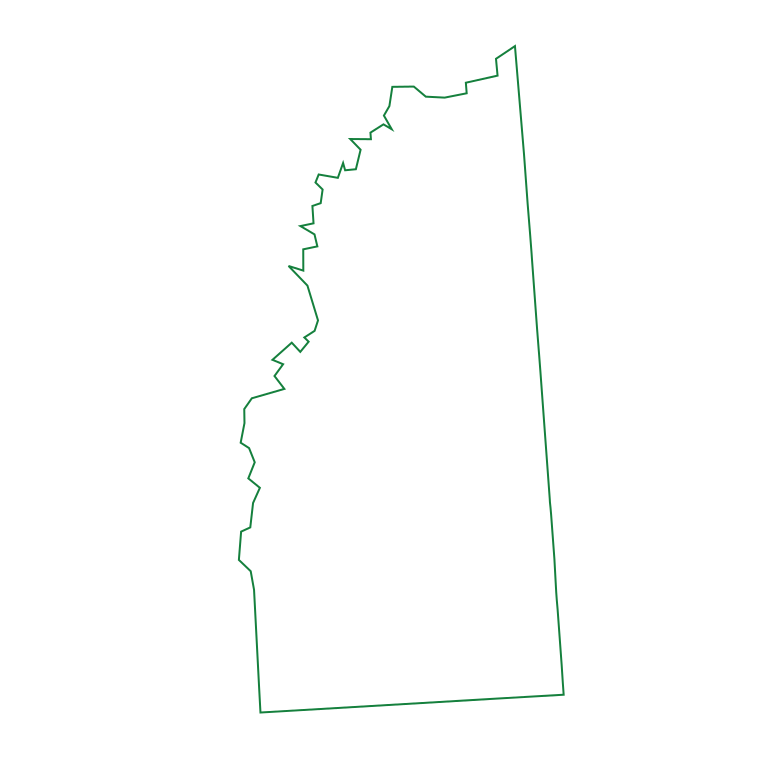 Union, Arkansas, United States of America (Albers equal-area conic projection), rotated 265°
{"feature_id": "52423323B83762983029089", "entity_name": "Union", "entity_type": "district", "adm_level": 2, "iso_a3": "USA", "parent_name": "United States of America", "parent_adm1": "Arkansas", "projection": "albers", "projection_center": [-92.475, 33.198], "detail": "fine", "context": "isolated", "style": "outline", "palette": "green", "viewbox_px": 768, "rotation_deg": 265, "n_neighbors": 0, "source": "geoboundaries", "source_scale": "gbopen_adm2", "svg_char_len": 1191}
<svg xmlns="http://www.w3.org/2000/svg" viewBox="0 0 768 768"><g transform="rotate(265 384 384)"><path d="M67.5,232.3L60.8,468.1L58.8,535.9L71.2,536.1L88.6,536.5L144.5,537.3L153.9,537.3L160.9,537.4L161.1,537.4L170.5,537.7L194.7,538.5L239.5,539.1L245.3,539.1L245.5,539.1L246.3,539.1L251.7,539.0L255.0,539.1L383.4,540.9L401.8,541.1L403.5,541.1L425.8,541.3L496.2,542.3L501.4,542.4L520.5,542.6L551.1,542.8L600.5,543.5L709.2,543.9L698.2,523.9L681.3,524.0L677.0,491.8L666.4,491.7L664.0,469.4L666.6,450.7L677.7,439.6L679.3,418.2L660.4,413.6L651.4,407.3L637.1,413.9L642.7,406.1L635.6,392.4L629.0,392.3L631.0,371.7L619.4,381.1L600.4,374.7L600.3,363.9L607.7,362.5L593.4,356.0L598.4,337.2L590.7,333.3L583.1,339.8L569.7,336.7L567.6,328.2L550.2,327.8L548.6,314.5L539.1,327.8L526.9,329.6L525.2,315.3L504.0,313.5L509.9,299.2L488.7,316.3L453.1,323.8L443.0,319.5L437.3,308.7L432.7,312.6L423.3,303.4L433.2,295.7L417.8,275.0L412.5,285.2L401.5,275.6L387.8,284.3L381.3,251.1L371.2,242.6L357.2,241.6L338.0,236.1L331.9,244.0L317.3,248.4L301.8,240.6L291.4,251.3L276.9,243.2L252.8,238.3L249.4,228.8L221.4,224.1L209.1,234.9L190.3,236.6L91.6,233.1L67.5,232.3Z" fill="none" stroke="#15803d" stroke-width="2"/></g></svg>